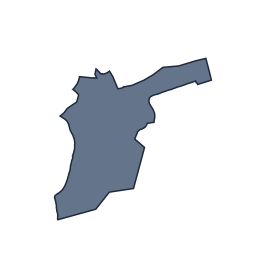 Beane Field, Vieux Fort, Saint Lucia (orthographic projection), rotated 161°
{"feature_id": "8701671B19465815393412", "entity_name": "Beane Field", "entity_type": "district", "adm_level": 2, "iso_a3": "LCA", "parent_name": "Saint Lucia", "parent_adm1": "Vieux Fort", "projection": "orthographic", "projection_center": [-60.946, 13.74], "detail": "fine", "context": "isolated", "style": "filled", "palette": "slate", "viewbox_px": 256, "rotation_deg": 161, "n_neighbors": 0, "source": "geoboundaries", "source_scale": "gbopen_adm2", "svg_char_len": 4890}
<svg xmlns="http://www.w3.org/2000/svg" viewBox="0 0 256 256"><g transform="rotate(161 128 128)"><path d="M118.7,168.4L119.0,168.3L119.2,168.2L120.5,167.8L123.0,168.1L124.8,168.3L125.6,181.4L126.3,184.8L127.0,187.8L129.7,187.0L130.9,186.9L131.1,186.9L131.8,186.9L133.1,186.9L133.5,186.9L133.8,187.0L134.0,187.1L134.2,187.3L134.3,187.4L134.3,187.5L134.5,187.7L134.7,187.8L134.8,187.9L135.0,187.9L135.4,187.9L135.5,187.9L135.9,188.0L136.1,188.2L136.3,188.4L136.3,188.5L136.4,188.8L136.5,189.0L136.6,189.4L136.7,189.6L137.0,190.3L137.2,190.6L137.3,190.9L137.4,191.0L137.5,191.1L137.6,191.4L137.6,191.6L137.7,191.8L137.8,191.9L137.9,192.3L138.0,192.4L138.0,192.6L138.2,192.8L138.3,193.2L138.6,193.7L138.7,193.9L138.9,194.2L139.0,194.3L139.2,193.9L139.5,193.3L140.0,192.6L140.6,191.5L141.3,190.3L141.4,190.2L141.7,189.6L141.7,189.1L141.7,188.7L141.6,188.2L141.5,187.6L141.4,187.1L141.4,186.7L141.2,185.5L146.2,187.3L157.0,192.3L157.0,192.2L157.3,191.9L158.1,190.7L158.4,190.3L158.7,189.9L159.0,189.5L159.4,188.9L159.6,188.7L159.9,188.1L160.1,188.0L160.7,187.3L161.0,187.1L161.2,186.8L161.6,186.4L162.1,186.0L163.0,185.3L163.2,185.2L164.0,184.7L164.5,184.3L165.1,183.9L165.4,183.7L166.0,183.3L166.3,183.1L166.8,182.7L167.0,182.7L167.3,182.4L167.5,182.4L165.1,178.5L165.0,178.1L164.8,177.5L164.2,176.2L163.9,175.3L164.7,174.1L168.1,169.3L178.8,166.4L183.6,163.2L188.3,161.4L187.5,160.4L187.1,159.9L185.9,158.4L184.7,156.7L184.3,156.0L184.1,155.5L183.8,155.1L183.5,154.3L183.3,153.6L183.1,152.6L183.0,151.7L183.0,151.3L182.9,150.6L183.0,150.4L183.0,149.3L183.1,149.1L183.1,148.4L183.2,147.4L183.3,147.1L183.3,146.1L183.4,144.7L183.3,143.9L183.0,142.6L183.0,142.2L183.0,141.8L182.8,141.0L182.7,140.5L182.6,139.9L182.5,139.4L182.5,139.2L182.5,138.2L182.5,137.4L182.5,136.5L182.5,136.3L182.5,134.4L182.7,133.3L182.8,133.0L183.2,131.1L183.6,130.2L183.7,129.9L183.9,129.4L184.2,128.9L184.7,127.1L185.1,126.2L185.5,125.5L185.7,125.1L185.8,124.9L186.3,124.1L186.8,123.3L187.6,122.1L188.1,121.6L188.5,121.0L189.0,120.2L189.2,119.9L189.4,119.8L189.6,119.6L189.7,119.1L189.9,118.3L190.1,117.7L190.5,117.2L190.7,116.8L191.0,116.4L191.7,115.7L191.8,115.5L191.9,115.4L192.3,114.6L193.4,112.8L194.1,111.9L194.6,111.0L194.8,110.7L195.1,110.0L195.5,109.1L195.7,108.7L196.1,107.8L196.3,107.4L196.8,106.7L197.1,106.2L197.5,105.7L197.9,105.2L198.2,104.8L198.9,103.8L199.4,103.2L199.8,102.3L199.9,102.2L200.7,101.2L201.2,100.5L201.4,100.2L201.5,99.9L201.8,99.6L202.2,99.0L202.9,98.2L203.3,97.7L203.5,97.5L203.8,97.0L204.2,96.5L204.4,96.2L204.9,95.7L205.1,95.3L205.7,94.8L206.1,94.3L206.5,93.9L206.9,93.5L208.0,92.6L208.4,92.3L208.9,91.8L209.6,91.3L209.8,91.1L210.4,90.8L210.8,90.7L211.2,90.5L211.7,90.2L212.2,90.0L212.6,89.8L213.0,89.7L213.3,89.6L213.5,89.4L213.9,89.3L214.6,89.1L214.9,89.0L215.8,88.9L216.7,88.6L217.8,88.2L218.6,88.0L218.9,87.9L219.2,87.5L219.5,87.1L219.8,86.7L220.0,86.3L220.1,86.0L220.1,85.4L220.2,85.2L220.2,84.9L220.2,83.9L220.3,82.8L220.4,82.1L220.5,80.8L220.5,80.4L220.7,79.7L220.8,78.8L220.9,78.2L221.2,77.3L221.3,76.8L221.5,76.5L221.7,76.1L221.9,74.6L222.0,73.8L222.0,73.7L222.3,73.0L222.4,71.0L222.5,70.1L222.5,69.6L222.6,68.9L222.9,68.0L223.1,67.9L223.2,67.6L223.3,67.2L223.5,66.8L223.7,66.0L223.9,65.6L224.2,65.0L224.3,64.5L224.2,64.1L184.9,61.7L171.5,70.3L166.6,73.4L163.6,72.9L142.5,69.0L118.7,104.2L125.2,115.3L124.2,116.6L123.8,117.0L123.0,117.9L121.7,119.4L120.7,120.7L120.1,121.4L119.4,121.7L118.9,121.8L117.8,122.4L116.6,122.6L115.4,122.5L114.4,122.6L113.7,122.7L112.7,122.9L111.6,123.2L110.3,124.1L109.2,125.0L108.3,126.2L101.6,124.9L100.8,126.4L100.3,127.4L100.0,128.0L99.7,128.4L99.4,129.0L99.3,129.4L99.0,129.9L98.8,130.6L98.5,131.7L98.3,132.4L98.2,133.0L98.1,133.5L98.1,133.8L98.1,134.5L98.2,134.9L98.2,135.4L98.2,135.9L98.3,136.6L98.4,138.2L98.6,138.9L98.8,139.4L98.9,140.0L99.1,140.6L99.2,141.1L99.3,141.6L99.4,142.2L99.5,142.7L99.6,143.2L99.6,143.7L99.7,144.2L99.7,144.6L99.7,145.2L99.6,145.7L99.6,145.9L99.6,146.2L99.4,146.7L99.2,147.2L99.1,147.6L98.9,148.0L98.6,148.4L98.4,148.8L98.1,149.1L97.9,149.4L97.5,149.8L96.6,150.2L96.0,150.3L94.9,150.5L93.7,150.7L93.2,150.7L92.2,150.7L91.7,150.6L90.9,150.6L90.2,150.5L89.6,150.4L88.9,150.4L88.5,150.4L87.4,150.4L86.6,150.5L85.7,150.5L84.6,150.6L83.9,150.6L82.8,150.6L81.9,150.6L81.0,150.6L80.4,150.6L79.6,150.6L78.8,150.6L76.5,150.5L74.4,150.4L73.2,150.4L72.6,150.5L70.0,150.5L68.4,150.6L66.9,150.6L65.6,150.4L64.4,150.4L63.1,150.4L61.7,150.4L60.4,150.4L59.3,150.4L58.3,150.5L58.1,150.5L57.4,150.6L56.5,150.5L55.4,150.5L55.2,150.4L54.3,150.4L54.0,150.4L53.4,150.4L50.7,150.4L48.8,150.4L48.7,149.8L48.8,149.3L48.9,149.0L48.9,148.8L48.6,148.5L48.3,148.3L48.1,148.1L48.0,146.5L33.6,146.1L33.3,149.0L32.7,155.4L31.9,166.1L31.7,168.5L42.2,169.5L48.1,169.7L60.0,170.2L70.5,172.8L75.3,174.0L77.3,173.3L86.8,170.2L97.7,168.0L110.4,167.0L115.5,167.8L118.7,168.2L118.7,168.4Z" fill="#64748b" stroke="#1e293b" stroke-width="1.5"/></g></svg>